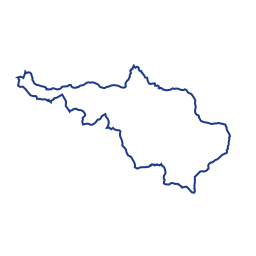 Frodisia, Nicosia, Cyprus, rotated 257°
{"feature_id": "46923920B95052440954476", "entity_name": "Frodisia", "entity_type": "district", "adm_level": 2, "iso_a3": "CYP", "parent_name": "Cyprus", "parent_adm1": "Nicosia", "projection": "albers", "projection_center": [32.668, 35.09], "detail": "fine", "context": "isolated", "style": "outline", "palette": "blue", "viewbox_px": 256, "rotation_deg": 257, "n_neighbors": 0, "source": "geoboundaries", "source_scale": "gbopen_adm2", "svg_char_len": 5701}
<svg xmlns="http://www.w3.org/2000/svg" viewBox="0 0 256 256"><g transform="rotate(257 128 128)"><path d="M107.5,223.8L107.7,223.7L108.4,223.7L109.1,223.8L109.6,223.4L110.1,222.1L110.7,221.5L111.0,220.5L111.4,219.6L111.8,218.8L112.2,218.1L112.6,216.9L112.5,215.2L112.9,213.5L113.0,212.4L113.0,210.8L113.3,210.0L113.7,209.2L114.2,208.4L114.8,207.6L115.4,206.3L115.8,205.3L116.2,204.3L116.6,203.4L117.1,202.7L117.6,201.9L118.1,201.3L118.6,200.7L119.4,200.3L120.8,200.0L122.0,199.6L122.8,199.4L123.5,199.8L124.2,199.6L124.9,199.0L125.3,198.1L126.4,197.5L127.2,197.1L128.6,197.0L129.9,197.3L131.1,197.8L132.4,198.4L134.2,198.9L135.1,198.8L136.8,198.7L138.5,199.4L139.8,199.8L140.9,199.5L142.1,199.2L143.9,198.6L145.3,198.0L146.7,197.5L147.4,196.5L148.6,195.1L149.2,194.3L150.8,194.0L152.2,193.1L152.9,192.0L152.5,190.6L152.9,189.1L153.6,187.7L155.3,185.1L155.6,183.5L155.7,182.0L156.6,180.3L155.8,178.4L156.0,175.3L156.1,173.9L156.8,172.5L157.2,171.7L157.5,170.9L158.5,170.5L159.0,169.7L159.9,168.6L159.5,167.6L160.0,166.9L161.1,167.3L162.4,167.0L162.8,166.3L162.8,164.9L163.1,163.9L164.2,164.0L165.6,164.0L165.4,162.9L165.9,161.7L165.7,160.2L166.5,158.6L168.0,158.2L169.0,158.0L170.6,157.7L171.4,158.0L172.8,157.8L173.2,156.2L174.0,155.9L175.8,155.5L176.8,154.9L178.2,154.5L179.2,153.6L180.4,153.8L181.0,152.4L182.5,151.5L184.0,152.1L185.3,151.2L185.7,150.4L185.0,148.8L185.9,148.2L187.4,147.7L186.3,146.8L185.4,146.0L184.6,145.8L184.5,144.4L183.7,144.2L183.4,143.1L182.2,143.1L180.8,143.3L179.9,142.2L178.9,141.5L177.7,141.4L176.6,140.4L175.0,139.3L174.3,137.8L173.7,137.1L172.9,136.4L172.1,135.7L171.2,135.4L170.1,135.2L168.9,135.2L168.3,133.9L168.3,132.5L169.5,130.0L170.6,129.0L171.2,128.3L171.7,127.2L172.3,125.8L172.7,124.5L173.0,123.6L173.1,122.3L173.1,120.9L173.0,119.7L172.6,118.6L172.8,117.5L172.8,116.1L172.4,115.2L172.2,113.7L173.0,112.2L174.2,110.1L175.1,109.6L176.1,109.2L177.2,108.5L178.0,107.7L178.5,106.7L179.2,106.1L179.9,104.9L180.3,104.1L180.6,103.1L180.6,102.3L180.7,101.5L181.3,100.0L181.5,98.8L181.1,97.3L180.8,96.5L180.3,95.6L179.8,93.7L180.0,92.4L179.9,90.5L179.0,89.0L179.3,87.9L178.9,87.2L179.1,86.4L179.1,85.3L179.4,84.5L180.0,83.2L181.0,82.4L182.7,82.0L183.1,80.3L182.3,78.6L182.7,75.4L183.0,74.1L182.9,72.7L182.2,72.0L181.5,71.0L181.4,68.7L181.6,67.5L182.3,66.3L182.7,65.5L183.5,64.4L183.6,62.8L182.9,61.8L183.4,60.4L183.4,59.1L184.1,58.4L183.9,57.3L186.0,57.0L187.6,54.6L188.0,53.3L190.1,50.0L190.7,48.6L192.4,46.8L193.7,46.5L195.2,46.1L196.4,45.7L197.4,46.0L198.3,46.3L199.8,45.9L201.3,45.9L202.7,45.9L204.0,44.9L204.6,43.8L204.4,41.3L206.0,40.6L203.9,39.6L202.3,38.6L200.3,37.2L201.4,36.1L202.2,34.6L202.0,31.8L201.5,32.4L200.2,32.4L199.4,32.9L197.1,31.8L196.1,31.4L194.7,30.7L194.1,30.4L192.4,32.0L191.9,34.9L188.7,37.0L181.8,40.3L180.2,43.3L180.0,45.2L178.4,46.1L177.0,45.9L176.2,47.4L176.3,48.7L175.3,50.1L174.8,52.5L174.4,54.4L173.3,55.1L173.3,56.9L172.2,56.5L172.1,57.3L170.4,58.7L171.8,59.2L172.2,60.3L172.4,61.1L172.7,62.2L173.5,62.6L173.6,65.7L175.4,71.4L167.9,73.6L163.6,72.3L157.1,74.9L158.0,75.6L157.8,77.3L158.7,79.3L158.5,81.7L156.9,83.4L155.9,86.2L154.4,88.1L151.4,89.3L149.8,89.1L148.0,86.0L146.4,86.0L144.7,84.9L141.6,84.9L141.6,85.6L141.6,86.3L141.5,88.0L141.5,88.7L140.9,90.5L140.8,90.9L140.3,91.3L139.6,92.0L139.5,92.6L139.3,93.8L139.5,94.8L139.9,95.9L140.2,96.6L140.6,97.6L143.0,100.4L142.7,102.1L143.4,103.3L143.7,103.7L145.3,104.9L145.9,106.5L146.7,109.0L144.5,109.1L143.3,109.4L142.2,110.0L141.5,110.3L140.1,110.5L138.5,110.7L137.1,110.3L136.6,110.1L134.2,108.7L132.9,107.4L132.5,109.9L130.6,111.2L131.0,112.3L131.5,113.4L130.7,113.8L130.0,114.2L129.4,115.1L128.6,116.1L128.4,116.6L128.0,117.9L127.7,119.1L126.4,119.8L125.4,119.4L124.1,118.8L123.2,118.7L121.1,118.5L119.7,118.9L119.1,119.0L117.5,119.2L115.0,119.2L114.2,119.2L112.1,118.5L111.5,118.9L110.1,119.9L107.8,121.0L104.6,121.1L101.5,121.8L100.3,123.1L99.3,124.2L98.9,124.6L96.4,125.3L95.8,125.5L93.7,126.2L91.8,126.5L91.7,126.5L90.2,126.5L88.3,125.8L86.4,127.8L86.5,129.5L86.9,130.9L86.4,134.0L86.1,134.8L85.8,137.0L85.9,137.7L85.5,139.4L86.0,140.2L85.9,141.2L86.7,141.5L86.9,142.0L86.7,142.4L86.7,142.8L87.1,142.8L87.2,143.1L86.8,144.2L86.5,144.6L86.5,145.2L86.3,145.4L85.8,145.4L85.5,145.8L85.6,146.8L86.1,147.4L86.0,148.1L85.6,148.2L85.0,149.3L84.9,149.8L84.5,150.4L84.9,151.1L84.9,151.9L85.3,152.3L84.9,152.4L84.3,152.2L84.1,152.4L84.1,152.6L83.8,152.8L83.6,153.0L83.3,152.9L82.9,153.4L82.5,153.6L82.2,154.0L81.7,154.3L80.4,154.6L77.9,154.7L77.2,154.7L75.3,154.2L75.2,154.2L73.4,152.3L72.4,151.9L70.4,151.4L69.2,152.1L68.9,152.0L67.5,150.9L66.8,150.8L66.0,150.5L64.8,151.5L64.5,152.7L63.7,155.0L64.6,158.1L64.6,158.5L64.5,158.8L64.0,159.4L63.6,160.4L63.2,160.8L63.0,161.4L62.8,161.6L62.7,161.9L62.8,162.6L62.4,163.5L61.9,163.9L61.9,164.6L61.1,164.9L59.2,166.9L58.0,167.0L57.7,167.6L57.9,168.4L57.7,171.8L56.7,172.4L55.8,173.1L53.2,174.5L51.0,175.7L50.6,176.9L50.0,177.5L50.3,178.2L51.1,178.7L51.7,178.9L52.4,179.2L53.1,179.2L53.9,179.0L54.2,179.3L55.6,179.4L58.2,180.2L60.0,180.9L64.3,181.9L65.4,182.1L67.1,185.1L69.3,188.4L69.2,190.7L68.5,191.9L68.7,194.1L68.9,195.2L69.8,196.0L70.1,197.2L71.7,197.6L73.1,197.6L74.6,198.6L75.8,201.0L75.5,202.4L77.2,206.1L77.3,207.9L78.6,210.3L79.1,210.9L79.2,211.5L79.8,212.5L80.1,213.0L80.7,213.7L80.8,214.3L80.9,215.1L81.0,215.7L81.3,216.4L81.2,217.6L81.6,218.3L81.7,218.8L83.2,219.2L84.4,219.3L84.8,219.9L85.4,220.8L85.9,220.8L87.0,220.9L87.8,221.2L88.4,221.9L88.9,222.2L89.5,222.4L90.3,222.6L91.5,222.9L92.5,223.4L93.5,223.8L94.6,224.3L96.1,224.4L97.1,225.6L97.8,225.5L98.7,225.3L99.6,225.3L100.3,225.1L101.4,224.6L102.5,224.4L103.5,224.0L104.6,223.9L105.9,224.0L107.0,224.2L107.5,223.8Z" fill="none" stroke="#1e3a8a" stroke-width="2"/></g></svg>